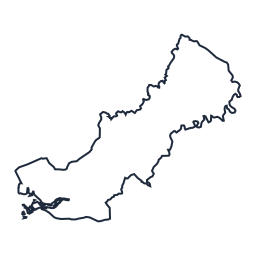 Kambia, Northern, Sierra Leone
{"feature_id": "65957751B7874629800584", "entity_name": "Kambia", "entity_type": "district", "adm_level": 2, "iso_a3": "SLE", "parent_name": "Sierra Leone", "parent_adm1": "Northern", "projection": "mercator", "projection_center": [-13.013, 9.222], "detail": "fine", "context": "isolated", "style": "outline", "palette": "slate", "viewbox_px": 256, "rotation_deg": 0, "n_neighbors": 0, "source": "geoboundaries", "source_scale": "gbopen_adm2", "svg_char_len": 5811}
<svg xmlns="http://www.w3.org/2000/svg" viewBox="0 0 256 256"><path d="M223.8,120.7L222.9,116.3L223.1,115.4L225.2,112.7L224.6,109.3L224.8,107.3L225.7,105.9L226.7,105.7L227.1,108.4L228.7,109.3L230.1,111.8L231.8,112.9L233.2,112.9L234.8,112.3L235.5,110.7L234.6,108.9L231.7,107.1L230.2,105.7L229.5,104.1L229.4,101.6L231.7,99.8L232.7,96.8L233.8,95.0L235.4,93.8L236.8,94.8L237.1,96.4L237.6,97.0L239.2,97.0L240.6,96.1L239.8,93.6L238.2,91.1L238.3,89.1L239.8,85.4L238.5,83.4L236.9,82.1L234.5,81.6L232.4,82.0L231.3,80.5L232.9,77.3L232.5,75.4L228.7,70.7L228.1,64.5L227.0,62.7L224.2,61.6L216.4,57.5L208.0,50.0L204.8,47.8L199.5,45.3L197.7,42.1L196.9,41.2L195.8,41.1L194.2,41.4L192.1,40.7L191.2,40.0L189.6,39.8L189.6,38.4L187.8,36.4L185.3,36.6L181.8,34.7L180.7,35.4L180.5,38.0L179.5,38.9L178.2,43.7L176.9,44.6L176.8,45.5L178.1,48.7L177.4,49.4L175.3,48.7L173.3,49.8L171.6,51.9L171.9,53.0L173.3,54.3L174.2,56.0L173.9,58.1L170.5,62.9L168.9,65.8L168.0,66.5L168.6,68.0L168.2,68.7L167.3,69.2L167.9,69.8L167.3,69.2L166.4,70.1L166.2,73.2L165.3,74.6L166.9,75.9L164.7,77.6L165.9,80.1L164.8,80.6L164.7,83.0L164.5,83.3L163.8,82.7L162.5,80.8L161.0,81.1L159.4,82.3L158.7,83.4L158.6,85.4L159.3,86.5L159.2,87.7L158.3,87.6L157.2,86.4L156.3,86.1L155.5,85.9L154.9,86.3L153.4,86.4L151.4,85.1L149.2,85.0L148.7,86.3L147.6,87.7L147.5,91.4L148.4,93.5L148.0,93.8L148.1,94.9L148.7,95.5L149.5,95.6L149.8,96.2L149.5,98.5L148.7,99.3L146.3,100.0L143.5,99.0L143.1,99.3L143.1,99.9L143.6,100.3L143.8,101.6L142.2,104.5L140.1,106.1L141.0,108.5L139.9,109.6L136.8,110.2L134.8,113.0L131.5,110.8L128.9,112.3L128.4,112.0L127.5,112.0L126.7,112.3L125.7,114.6L125.2,113.5L123.7,111.9L122.5,111.2L121.4,112.3L119.9,112.1L118.1,111.3L116.3,113.0L116.0,113.8L116.7,114.5L117.1,115.7L115.8,116.4L114.1,116.3L113.2,116.9L111.2,119.3L110.8,117.9L109.9,118.0L109.5,117.2L108.8,116.8L109.5,116.7L109.7,115.9L108.9,114.8L108.0,113.7L107.2,113.8L105.7,112.6L103.0,112.0L100.1,114.3L101.3,117.6L101.2,119.6L99.5,122.2L98.7,124.0L99.4,124.3L98.7,124.0L98.2,125.2L99.9,128.5L99.7,137.3L99.3,137.8L100.1,138.2L99.3,137.8L96.2,139.9L95.0,141.4L91.5,147.6L91.7,149.4L89.4,152.1L79.1,159.1L76.8,161.2L71.8,161.8L69.1,163.2L67.3,166.8L66.8,168.6L65.5,169.6L63.2,169.8L58.4,169.3L55.1,169.3L53.7,166.9L49.3,163.2L46.6,158.2L42.6,158.7L41.5,158.2L27.4,164.4L19.1,167.3L15.7,170.4L15.4,171.1L21.3,183.0L20.4,182.7L19.5,184.4L19.1,184.4L18.6,186.2L18.9,187.3L18.4,188.0L18.5,192.5L18.8,193.1L19.8,193.6L20.6,193.3L23.8,194.3L25.3,194.2L26.6,193.6L27.0,193.0L27.5,188.2L28.1,188.0L28.7,189.6L28.5,192.9L30.6,193.9L30.6,194.5L29.6,195.8L32.1,195.3L32.3,194.9L32.3,193.0L33.2,191.5L33.6,191.7L34.1,194.5L40.3,200.1L42.2,203.0L45.5,204.0L50.7,204.3L51.5,204.0L52.7,202.8L54.1,202.1L55.5,200.6L55.4,200.3L56.6,199.3L59.3,198.2L60.6,198.1L61.2,198.6L64.0,198.5L68.9,199.4L68.7,200.2L67.1,200.2L63.1,199.3L61.3,200.8L59.6,203.0L58.6,203.5L55.9,206.7L53.8,208.0L51.5,208.1L46.4,207.0L46.2,207.1L46.3,208.2L43.0,207.7L41.6,208.2L41.4,208.6L41.8,209.2L44.9,210.1L48.8,212.4L54.3,217.4L56.8,218.3L61.2,219.0L69.1,218.7L71.4,219.4L75.8,219.4L78.1,218.7L84.4,217.6L85.8,216.9L89.7,217.4L98.0,221.3L100.3,221.2L105.4,219.7L107.9,219.6L110.0,218.7L109.7,207.8L107.6,205.5L105.7,202.6L107.1,201.5L108.1,199.9L110.3,199.4L112.0,197.4L114.0,196.6L114.1,195.3L117.5,194.8L118.5,193.7L121.0,193.7L122.1,193.3L122.1,191.7L121.2,189.8L121.5,188.5L122.2,187.8L122.2,185.7L123.5,183.2L125.1,177.8L126.6,178.5L127.7,178.4L131.0,175.1L134.2,174.1L137.7,178.0L141.6,180.9L141.6,181.9L142.5,181.9L143.9,183.2L145.0,183.5L146.4,183.4L147.8,185.1L150.2,186.2L149.7,183.7L148.7,182.6L147.1,181.9L146.9,180.1L150.6,177.1L152.4,176.4L152.9,175.5L153.8,173.7L152.0,170.9L153.8,166.9L156.8,164.1L158.3,161.6L158.8,159.6L161.1,157.8L162.0,155.9L168.8,155.7L169.5,154.5L169.2,152.1L168.1,149.8L169.9,149.8L171.3,146.8L172.4,141.6L170.4,137.3L170.1,135.4L170.8,133.7L173.8,131.2L175.0,131.1L176.4,132.5L177.3,132.1L178.0,131.2L179.4,130.5L181.0,128.7L181.3,125.7L182.2,125.4L183.8,125.4L184.7,126.8L184.7,128.2L185.4,129.6L190.7,127.9L192.4,127.9L194.2,127.0L195.3,126.1L193.3,122.0L193.7,121.4L195.8,121.1L197.6,121.6L198.4,122.9L197.4,124.8L196.0,126.3L197.7,127.3L199.1,127.5L200.9,126.8L201.4,123.4L202.1,121.8L204.4,119.5L203.5,116.1L204.4,115.9L205.5,116.4L208.5,122.3L210.2,121.6L211.0,120.5L211.1,115.7L211.8,115.9L213.1,117.3L214.8,117.5L217.1,116.8L219.4,117.7L222.8,120.9L223.8,120.7ZM38.6,202.7L37.4,201.9L37.4,202.2L36.0,202.3L34.2,203.1L33.8,202.4L33.3,203.7L33.3,202.8L32.9,202.7L32.2,204.6L31.8,204.8L31.9,206.3L33.9,208.6L35.0,209.2L33.9,209.4L33.4,209.1L33.5,210.0L33.0,210.1L33.4,210.3L36.1,209.4L36.5,208.8L41.8,206.9L41.9,205.9L39.8,204.7L38.6,202.7ZM54.3,206.6L55.6,206.3L57.0,204.1L60.1,201.6L61.1,199.7L58.6,199.9L56.6,200.8L55.4,203.8L53.7,206.1L54.3,206.6ZM27.7,207.7L26.9,207.7L26.9,208.1L27.6,208.1L26.6,208.4L27.1,208.9L26.8,209.4L27.3,209.8L27.1,210.2L27.7,212.7L29.0,212.3L28.2,213.2L29.4,213.7L32.2,212.1L32.9,210.8L32.0,209.8L31.7,210.0L32.2,211.2L31.0,211.0L30.4,211.2L29.6,210.7L28.6,208.4L27.7,207.7ZM24.7,214.1L23.6,211.7L22.5,212.3L22.5,212.7L23.1,212.8L23.4,214.0L22.5,214.3L23.0,214.8L24.7,214.1ZM42.4,204.4L40.6,202.9L39.9,202.8L40.7,204.5L41.3,204.7L42.4,204.4ZM26.2,217.7L26.2,217.1L24.5,216.7L24.0,216.9L24.6,217.3L23.9,218.2L25.9,217.8L25.5,218.4L26.2,217.7ZM30.6,207.2L30.6,206.5L30.0,206.4L29.8,206.9L30.5,207.7L32.3,208.8L31.4,207.3L30.6,207.2ZM42.1,206.7L44.4,205.9L44.7,205.3L42.9,205.8L42.1,206.7ZM24.8,205.5L23.8,204.6L22.8,204.9L23.2,205.7L24.8,205.5ZM51.7,205.1L51.7,204.6L49.8,205.3L51.0,205.6L51.7,205.1ZM25.4,208.0L25.6,207.1L25.1,207.0L24.7,207.7L25.4,208.0ZM34.8,200.1L33.8,199.9L33.1,200.0L34.6,200.3L34.8,200.1ZM33.2,208.7L33.3,208.4L32.7,207.8L32.5,208.0L33.2,208.7ZM31.9,209.3L32.6,209.2L31.7,209.2L31.9,209.3Z" fill="none" stroke="#1e293b" stroke-width="2"/></svg>